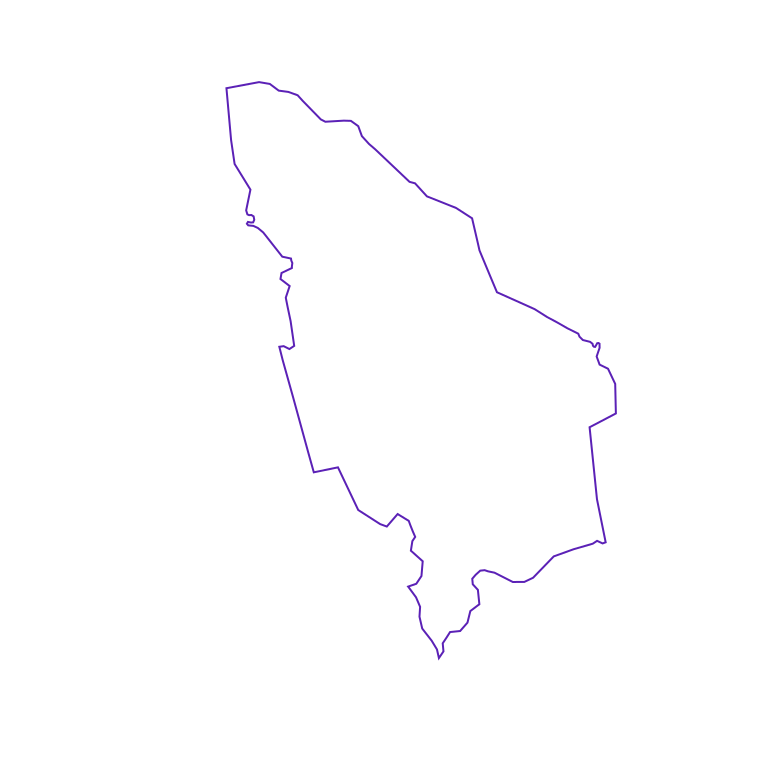 Bandiagara, Mopti, Mali (Natural Earth projection), rotated 115°
{"feature_id": "8926073B93084007572424", "entity_name": "Bandiagara", "entity_type": "district", "adm_level": 2, "iso_a3": "MLI", "parent_name": "Mali", "parent_adm1": "Mopti", "projection": "natural_earth1", "projection_center": [-3.556, 14.444], "detail": "fine", "context": "isolated", "style": "outline", "palette": "violet", "viewbox_px": 768, "rotation_deg": 115, "n_neighbors": 0, "source": "geoboundaries", "source_scale": "gbopen_adm2", "svg_char_len": 1750}
<svg xmlns="http://www.w3.org/2000/svg" viewBox="0 0 768 768"><g transform="rotate(115 384 384)"><path d="M609.2,218.4L601.2,217.1L594.2,221.2L587.7,220.2L580.9,219.3L575.7,210.6L565.0,207.5L553.3,209.8L543.3,204.5L530.9,211.9L528.0,218.9L523.2,221.7L518.2,220.3L512.5,217.9L510.2,214.1L509.8,210.5L508.3,204.1L509.0,183.6L504.1,173.2L496.6,167.0L468.5,157.3L453.6,142.3L440.5,127.3L436.1,124.6L436.1,118.5L433.8,116.2L398.4,142.3L336.3,179.4L312.7,161.4L286.2,174.5L275.5,187.4L275.3,196.8L269.2,202.9L260.1,203.9L256.4,205.7L256.2,206.9L256.9,208.0L261.1,208.3L261.5,209.3L261.0,210.8L259.4,212.0L258.7,215.0L260.1,222.4L258.5,226.8L256.3,229.2L256.0,241.3L255.0,253.1L254.4,264.3L252.5,279.1L253.1,320.4L241.4,333.3L222.6,353.9L216.9,358.3L196.6,374.2L194.0,393.1L195.8,424.4L189.0,440.7L190.0,446.3L175.0,491.2L172.8,499.0L168.7,508.8L161.2,516.3L159.5,525.2L162.3,531.7L171.1,548.0L170.9,553.1L161.8,577.2L158.8,584.3L159.7,594.1L162.6,603.4L160.3,614.3L163.2,624.8L182.5,651.8L227.5,625.7L247.7,612.4L264.3,587.2L284.9,582.3L288.0,579.5L288.0,577.7L286.9,575.6L287.2,573.0L290.0,571.0L292.8,570.9L293.9,572.8L294.6,575.8L296.7,576.0L297.6,574.1L295.9,569.2L295.9,564.3L297.7,557.5L311.6,530.0L309.6,521.3L311.3,520.2L313.1,518.2L316.3,517.2L317.8,516.5L326.7,523.8L332.6,522.2L335.1,510.9L347.3,509.5L355.2,503.7L366.5,495.2L387.4,481.5L392.3,484.5L392.1,490.9L394.5,494.6L405.3,485.8L434.3,460.9L477.5,424.2L493.7,410.3L479.0,390.5L509.1,354.1L512.6,328.3L512.0,321.2L496.1,316.7L497.6,303.7L500.8,300.5L505.6,295.4L509.4,291.1L514.4,291.9L523.7,289.2L528.3,274.0L542.2,268.9L551.4,270.3L557.4,276.5L563.8,264.8L570.7,257.1L579.9,253.5L589.5,246.0L596.5,232.3L602.2,223.8L609.2,218.4Z" fill="none" stroke="#5b21b6" stroke-width="2"/></g></svg>